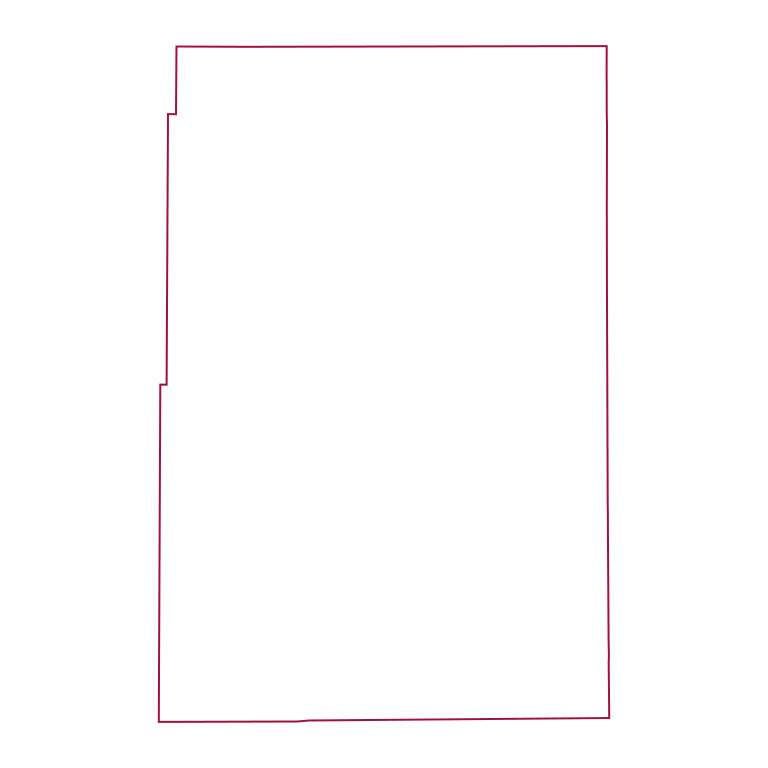 the district of Yuma, Colorado, United States of America
{"feature_id": "52423323B35350044655158", "entity_name": "Yuma", "entity_type": "district", "adm_level": 2, "iso_a3": "USA", "parent_name": "United States of America", "parent_adm1": "Colorado", "projection": "orthographic", "projection_center": [-102.254, 40.004], "detail": "fine", "context": "isolated", "style": "outline", "palette": "rose", "viewbox_px": 768, "rotation_deg": 0, "n_neighbors": 0, "source": "geoboundaries", "source_scale": "gbopen_adm2", "svg_char_len": 481}
<svg xmlns="http://www.w3.org/2000/svg" viewBox="0 0 768 768"><path d="M606.7,46.1L244.5,46.8L176.5,46.5L176.0,114.2L168.0,114.1L166.6,384.7L160.3,384.6L158.8,721.9L297.6,721.5L308.9,720.5L609.2,718.0L609.1,703.8L608.7,662.1L608.9,656.1L608.6,639.2L607.9,527.9L607.9,516.8L607.8,508.9L607.7,504.0L607.3,385.1L606.9,272.4L606.9,261.3L606.8,209.7L606.8,204.9L607.0,124.9L606.8,116.5L606.7,108.1L606.7,82.5L606.6,79.9L606.7,46.1Z" fill="none" stroke="#9f1239" stroke-width="2"/></svg>